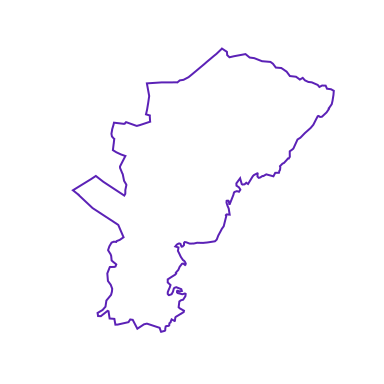 outline of Gbi & Doru, Nimba, Liberia, rotated 13°
{"feature_id": "62588387B4230579459991", "entity_name": "Gbi & Doru", "entity_type": "district", "adm_level": 2, "iso_a3": "LBR", "parent_name": "Liberia", "parent_adm1": "Nimba", "projection": "natural_earth1", "projection_center": [-8.931, 6.127], "detail": "fine", "context": "isolated", "style": "outline", "palette": "violet", "viewbox_px": 384, "rotation_deg": 13, "n_neighbors": 0, "source": "geoboundaries", "source_scale": "gbopen_adm2", "svg_char_len": 4755}
<svg xmlns="http://www.w3.org/2000/svg" viewBox="0 0 384 384"><g transform="rotate(13 192 192)"><path d="M307.4,61.5L304.3,60.6L300.3,61.0L298.3,58.3L294.8,59.0L292.5,61.0L290.4,59.4L284.0,58.2L280.6,58.6L276.9,57.8L274.2,55.9L271.8,58.2L270.5,57.6L267.4,56.3L261.3,57.0L257.2,53.5L252.7,51.7L251.1,51.1L245.7,51.9L242.0,48.8L239.2,47.6L230.8,48.8L222.7,47.6L222.3,47.6L217.9,48.0L214.7,46.4L213.1,45.6L202.3,50.3L198.2,52.3L195.5,50.7L194.5,47.6L188.9,45.5L188.7,45.9L184.7,52.0L182.8,54.4L177.0,62.1L175.5,64.2L165.6,77.3L162.8,80.9L158.5,84.6L155.0,86.0L153.1,88.5L152.9,88.5L137.9,92.0L136.9,92.3L123.6,96.3L124.5,98.4L128.7,108.1L129.3,115.5L129.7,121.9L129.7,126.1L129.7,126.7L133.7,126.9L133.8,127.6L135.3,132.7L135.4,132.9L126.2,138.5L123.4,140.0L122.8,140.0L115.9,139.2L112.4,138.8L112.0,138.8L111.2,140.4L110.9,140.4L110.5,140.9L100.4,142.0L100.4,144.1L100.1,149.1L100.2,149.4L100.4,153.4L101.5,155.9L103.5,157.3L104.1,157.8L104.3,157.8L104.7,161.3L104.8,162.0L104.9,163.3L105.5,169.0L109.3,170.3L114.4,171.4L119.0,171.9L118.3,174.6L116.2,182.9L116.1,183.3L116.3,184.2L116.6,184.9L116.7,185.1L117.4,186.0L119.8,189.4L120.5,190.2L123.3,196.4L125.7,198.9L126.4,199.7L126.5,200.1L126.6,205.2L126.9,206.3L127.4,208.8L126.8,210.7L108.7,204.0L103.3,202.0L94.9,198.1L94.7,198.0L90.7,202.2L83.9,208.9L75.6,217.1L77.7,218.1L80.6,219.5L80.9,219.6L81.6,219.9L81.5,220.0L98.5,229.9L98.7,230.0L100.0,230.5L127.2,240.5L127.6,240.7L131.6,246.2L135.5,251.5L132.3,255.0L129.6,256.8L129.4,257.7L127.0,258.0L125.0,259.4L123.7,263.5L123.3,267.5L123.8,268.1L126.7,271.0L127.6,272.4L129.1,276.8L130.7,277.7L133.8,279.2L134.5,279.6L134.2,281.8L133.1,282.5L130.7,283.1L129.3,283.4L128.8,283.6L128.4,286.2L127.8,290.4L130.1,297.6L133.7,300.7L136.0,304.2L136.3,306.3L136.4,307.3L136.3,309.6L136.3,310.4L133.0,317.0L133.5,323.2L131.4,327.1L127.2,331.1L128.4,334.0L131.1,333.5L136.5,326.8L137.0,326.9L137.5,327.0L139.5,332.1L140.2,333.8L144.7,333.1L144.9,333.1L147.2,338.5L149.4,337.9L159.4,333.1L159.8,331.9L160.5,330.1L163.0,329.9L169.5,337.5L173.5,333.3L175.0,331.7L177.7,330.4L181.1,330.7L189.7,331.5L191.0,331.6L191.3,332.1L193.2,335.1L193.3,335.2L195.2,334.2L196.7,333.4L197.0,332.6L196.7,331.1L196.6,329.0L196.8,328.9L197.1,328.4L199.1,327.8L199.3,327.7L199.8,327.1L199.7,326.4L199.5,325.0L200.5,323.8L200.4,323.2L200.8,320.7L202.6,321.2L204.1,321.6L204.3,321.4L204.0,318.1L204.0,317.9L204.4,317.2L210.9,310.9L210.9,309.8L210.9,309.5L206.2,308.1L204.9,307.3L204.3,301.5L205.6,300.0L207.6,298.9L209.0,295.0L208.8,293.1L208.8,292.8L207.9,292.5L205.6,293.8L200.9,293.7L200.0,293.2L199.7,291.9L200.0,291.5L202.3,291.6L202.5,291.6L204.4,290.7L203.4,289.1L198.1,288.3L196.5,289.3L196.0,290.1L195.9,293.4L195.1,296.2L195.0,296.3L192.8,297.7L192.5,297.7L191.3,296.8L190.9,295.0L191.3,292.4L191.7,290.5L191.8,290.0L192.0,287.5L190.3,286.5L188.7,285.6L188.0,282.6L191.5,279.0L193.3,277.2L194.3,276.2L194.9,275.0L194.4,274.5L194.8,273.5L196.2,271.0L196.8,267.7L197.9,265.3L198.4,264.2L199.5,263.7L201.1,264.4L201.7,264.7L202.0,264.3L202.0,263.3L202.0,263.1L200.9,261.7L199.8,260.8L198.6,260.4L196.2,258.2L195.6,257.6L193.4,254.8L191.5,252.5L191.5,251.6L191.3,249.1L188.0,248.8L189.0,246.7L189.9,245.8L191.0,245.0L192.4,245.1L193.5,246.8L194.2,247.6L195.1,247.2L196.1,245.5L196.0,245.0L195.7,243.3L196.2,242.4L197.7,242.3L201.3,242.8L204.6,242.0L205.1,241.9L206.6,241.2L208.4,240.3L209.9,240.0L211.9,239.6L214.3,239.1L215.4,238.7L218.1,237.8L219.9,237.1L225.4,234.9L225.6,234.7L225.9,234.2L226.8,232.8L227.4,228.5L228.7,223.8L229.4,221.1L230.6,218.3L230.8,207.8L230.7,207.6L230.2,207.0L230.7,206.1L230.9,206.0L233.2,205.7L233.8,205.6L231.5,199.9L229.8,197.6L228.0,194.6L227.7,192.8L227.8,192.7L229.2,192.3L229.6,192.4L231.1,195.3L231.5,195.2L232.5,188.7L233.0,185.3L233.0,183.4L233.4,182.4L235.5,181.1L237.4,181.1L237.7,181.2L238.6,178.9L238.3,178.5L236.7,176.9L233.9,175.8L233.4,174.0L233.3,173.6L235.8,167.8L236.3,168.8L237.7,171.3L238.7,173.1L239.5,173.4L240.0,173.2L241.5,172.7L242.8,170.8L243.7,171.2L244.8,171.6L247.6,163.2L247.7,162.9L248.5,161.6L251.4,159.1L251.8,159.2L252.1,161.2L252.3,162.2L253.8,163.2L254.3,163.0L255.3,162.4L257.0,160.6L258.0,160.4L258.8,159.6L260.4,158.1L267.8,158.4L268.4,156.1L268.8,154.6L272.4,153.7L272.4,151.5L272.8,150.7L272.5,148.2L272.4,147.9L271.9,147.1L273.8,144.0L275.1,143.0L277.3,139.1L277.9,137.8L278.7,137.7L279.4,135.7L278.8,133.4L278.1,130.4L278.3,130.1L279.6,128.7L280.8,127.2L281.0,126.9L283.0,117.1L285.4,114.7L286.7,112.6L287.1,111.9L288.8,109.1L293.2,102.9L295.1,99.2L296.7,92.7L297.1,91.3L297.4,90.0L297.9,89.5L298.6,89.5L299.2,89.9L299.7,90.0L300.5,89.9L301.7,89.4L302.1,88.8L305.2,84.2L306.8,80.1L306.4,79.7L307.1,78.3L308.4,75.0L308.4,71.6L308.0,65.6L307.4,61.5Z" fill="none" stroke="#5b21b6" stroke-width="2"/></g></svg>